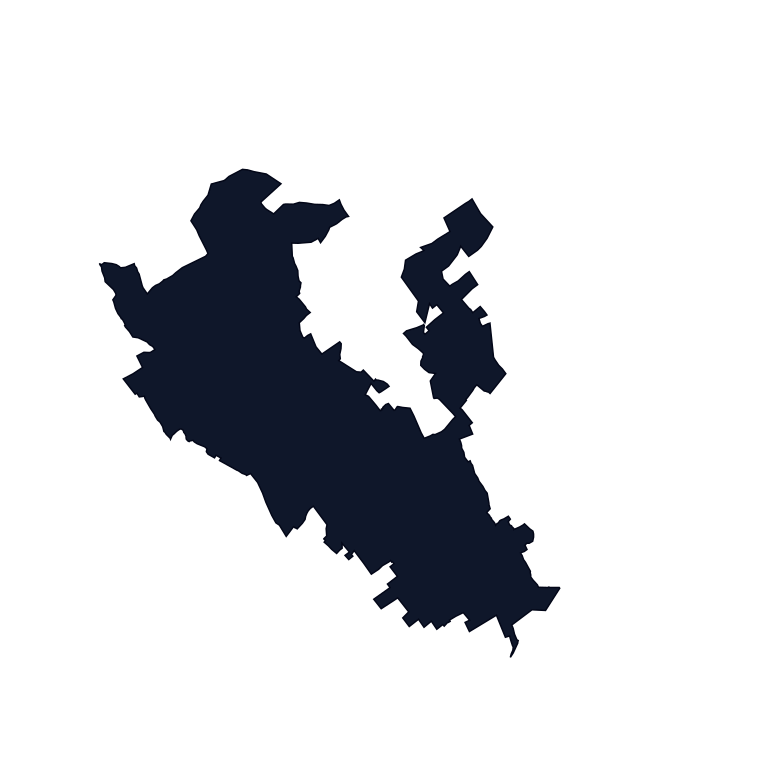 Izamal, Yucatán, Mexico (orthographic projection), rotated 226°
{"feature_id": "50627088B52371381549393", "entity_name": "Izamal", "entity_type": "district", "adm_level": 2, "iso_a3": "MEX", "parent_name": "Mexico", "parent_adm1": "Yucatán", "projection": "orthographic", "projection_center": [-88.999, 20.883], "detail": "fine", "context": "isolated", "style": "filled", "palette": "ink", "viewbox_px": 768, "rotation_deg": 226, "n_neighbors": 0, "source": "geoboundaries", "source_scale": "gbopen_adm2", "svg_char_len": 6170}
<svg xmlns="http://www.w3.org/2000/svg" viewBox="0 0 768 768"><g transform="rotate(226 384 384)"><path d="M458.1,485.5L452.5,478.4L448.8,470.7L419.7,466.4L413.3,457.7L399.7,456.0L410.2,472.6L404.9,471.6L404.4,477.1L393.8,476.2L395.0,465.2L395.4,453.9L391.0,453.5L391.3,448.0L393.7,448.2L398.0,453.6L399.3,453.8L399.3,453.0L401.8,446.6L406.6,437.2L406.8,433.1L402.9,433.1L392.7,432.0L385.8,433.2L378.9,433.7L377.6,432.7L376.9,430.8L376.1,430.1L374.8,426.5L371.9,423.4L366.5,423.4L360.9,424.3L355.8,428.4L354.0,419.4L339.6,410.1L338.8,410.0L336.8,412.6L334.5,413.2L314.8,413.1L310.8,412.8L310.8,409.1L309.3,396.2L309.7,392.2L312.1,385.6L313.8,384.2L314.5,381.3L317.0,375.2L323.0,376.8L340.2,383.3L348.5,385.9L354.2,381.1L358.3,378.2L358.5,377.8L357.7,374.2L358.0,372.9L366.9,373.6L368.0,371.0L368.0,367.0L367.3,366.9L367.7,364.6L366.9,364.5L367.0,363.4L367.5,362.7L374.5,363.5L385.9,364.3L389.3,363.0L393.4,375.1L384.1,374.2L381.1,374.4L380.5,376.4L378.8,386.0L381.6,386.3L386.2,385.3L391.0,382.4L392.2,381.2L393.4,381.3L393.0,378.7L408.4,378.8L408.4,375.8L411.9,372.7L432.3,367.7L432.5,370.1L436.0,372.7L439.3,377.6L442.7,381.2L445.1,381.4L448.7,360.1L458.0,360.9L471.0,366.1L472.0,362.7L472.3,358.7L474.1,358.1L480.8,360.7L486.9,365.6L486.8,371.6L487.2,375.7L486.7,380.6L491.7,380.3L494.1,381.1L504.1,381.9L507.7,381.4L507.7,386.2L509.7,387.4L511.7,391.1L513.0,392.5L514.5,394.6L516.9,394.5L518.0,395.0L521.3,397.1L525.5,400.8L530.0,402.6L532.8,403.4L538.0,406.3L539.5,406.7L549.5,415.5L544.9,420.0L536.6,430.1L534.5,437.8L529.7,436.5L531.0,444.4L533.3,451.5L534.5,453.7L532.2,461.2L531.5,468.4L530.5,472.8L529.2,474.9L536.8,476.0L543.2,477.9L547.5,479.8L548.5,473.8L550.6,468.5L555.6,464.6L561.4,458.9L567.9,454.1L573.4,449.3L576.3,443.7L581.8,438.2L583.0,436.4L583.0,422.8L591.1,420.8L593.5,420.6L598.8,421.0L600.4,421.8L599.6,449.0L616.8,445.2L627.0,438.0L632.8,434.6L636.7,431.3L641.0,416.7L641.2,411.6L641.5,410.1L647.8,398.7L642.1,388.6L641.1,381.0L640.1,376.8L638.7,373.8L637.9,365.8L635.5,358.5L625.0,356.4L619.1,354.1L603.5,349.3L600.1,348.0L599.8,344.4L607.8,319.7L608.7,311.5L608.8,307.4L610.5,300.6L611.9,297.9L611.7,296.4L612.1,292.1L613.6,288.1L614.1,284.3L613.2,276.3L620.6,277.5L622.6,278.3L633.2,284.2L635.9,284.8L639.3,286.6L642.3,286.8L644.1,287.9L647.6,279.0L650.7,275.1L652.2,275.2L655.8,274.3L659.7,271.9L665.6,267.0L665.7,265.3L666.3,263.4L668.4,263.0L666.2,262.3L664.6,262.2L661.1,259.6L654.4,256.8L651.3,254.5L639.9,255.0L635.7,254.0L634.0,253.0L632.9,247.4L630.9,246.7L624.9,243.4L622.9,242.7L619.3,241.5L615.2,241.0L613.4,240.4L612.2,240.8L608.2,239.7L606.9,239.1L605.8,239.0L606.1,238.0L604.7,237.6L598.5,237.3L592.3,236.0L588.0,239.3L578.8,242.8L575.2,242.7L571.7,243.7L567.9,243.2L568.9,238.2L569.7,237.0L573.6,233.3L575.8,225.7L563.6,221.8L565.7,210.5L568.8,200.0L549.5,197.9L549.0,199.9L544.7,199.0L541.6,203.2L540.1,202.2L538.1,201.5L528.1,199.0L521.9,197.9L519.8,197.1L515.4,196.1L512.1,196.4L507.1,195.2L502.7,192.7L501.6,192.9L499.0,192.4L493.4,192.5L492.6,192.1L494.3,196.4L494.0,197.2L494.0,201.9L493.6,204.8L492.8,206.9L490.2,207.4L488.3,206.4L486.2,206.2L483.9,205.3L482.6,204.1L481.4,203.4L479.0,203.4L477.9,203.9L477.9,204.8L476.1,207.5L474.2,207.3L470.8,208.1L463.4,211.4L460.4,211.7L458.7,209.2L455.7,208.7L448.6,210.8L449.4,213.7L444.0,215.3L443.2,212.5L423.9,218.4L423.1,218.9L418.3,219.9L414.9,221.6L413.7,221.6L412.3,225.8L401.0,224.7L389.9,220.9L381.0,216.9L367.4,212.0L359.2,209.8L355.1,210.7L342.3,207.8L344.2,219.8L342.3,220.1L342.4,220.5L340.1,220.9L340.5,228.5L341.4,233.1L343.3,235.8L344.6,238.7L345.4,241.3L345.7,244.5L345.2,248.3L322.4,245.3L320.1,241.9L314.5,237.2L314.5,233.5L314.2,233.5L314.2,233.1L312.0,233.1L311.8,231.1L306.1,231.6L301.5,231.5L295.0,232.2L295.3,236.8L294.9,239.8L298.7,243.2L287.1,242.4L287.8,236.9L282.2,236.7L281.8,242.0L284.0,242.1L284.9,246.8L269.4,244.9L256.0,242.8L254.4,251.5L254.4,256.8L252.7,263.6L252.4,266.1L250.5,265.8L250.4,266.6L247.8,266.4L248.3,261.4L236.3,260.0L237.7,247.5L233.3,246.9L236.3,227.1L224.3,225.9L220.6,245.3L202.9,243.5L202.7,235.0L192.0,233.7L190.8,245.4L181.2,243.8L180.5,253.3L170.9,251.6L170.1,259.1L168.0,259.1L168.3,263.9L167.8,264.6L167.3,266.7L168.7,267.1L167.0,274.5L164.5,282.2L154.6,281.5L156.2,276.7L146.6,273.5L139.6,304.3L117.5,295.4L115.5,299.3L110.7,296.7L106.4,294.6L105.2,294.4L103.0,291.8L101.5,288.1L99.6,285.0L100.8,290.2L104.8,300.4L105.2,300.5L106.2,302.3L107.7,301.9L113.4,304.1L118.6,307.2L121.9,308.5L118.8,333.6L108.9,342.9L115.0,368.5L115.9,368.7L122.8,361.6L123.4,361.6L123.8,360.5L130.5,353.9L132.9,354.8L139.4,355.0L143.2,355.5L144.8,357.0L146.7,358.1L147.6,359.2L157.4,361.9L160.7,362.4L164.7,364.2L167.6,364.8L167.3,365.9L166.1,368.5L165.6,371.9L169.4,373.2L170.1,373.2L170.3,376.1L168.6,377.8L167.6,381.7L169.9,385.2L172.2,387.4L174.7,388.9L178.6,388.2L185.8,387.9L186.0,385.9L186.9,382.3L189.1,376.3L189.8,377.0L192.6,376.9L193.4,377.2L195.5,376.5L198.6,377.7L199.0,381.0L202.5,381.6L203.7,376.5L204.9,373.7L205.2,372.2L204.6,369.6L205.1,368.5L204.8,366.1L206.6,366.9L208.3,367.2L212.2,367.4L212.7,368.0L214.9,368.1L216.3,368.6L220.2,368.5L220.5,373.7L224.3,375.7L225.4,376.7L233.8,382.4L237.2,382.7L241.7,384.0L248.0,384.8L251.4,386.2L256.7,387.1L264.0,391.2L266.5,391.5L268.9,392.6L269.6,390.4L275.3,391.1L279.4,394.0L283.9,395.3L285.9,397.1L288.7,398.7L292.0,400.0L286.4,413.0L295.1,416.5L294.8,420.6L311.2,422.3L313.8,422.0L315.0,431.9L316.1,432.1L316.2,434.5L317.7,443.4L318.6,446.3L319.0,450.2L309.4,451.2L307.6,452.5L306.7,452.7L305.6,453.6L303.5,453.7L306.8,478.8L312.6,479.6L317.8,479.5L324.1,480.6L327.2,481.4L354.2,502.5L354.5,501.6L355.0,501.1L357.1,494.9L360.6,495.4L365.2,497.8L362.8,503.2L362.1,506.0L366.4,506.6L372.9,507.0L373.6,497.4L377.5,498.1L379.4,497.7L391.0,498.4L391.3,513.6L390.4,520.4L405.6,523.4L406.3,518.8L406.6,508.9L408.3,502.4L408.7,499.3L418.5,499.4L425.2,503.7L424.0,512.4L425.9,525.5L426.1,526.5L429.8,534.9L416.9,533.6L415.3,544.2L415.4,549.5L417.2,559.3L421.4,571.4L439.5,571.8L456.0,575.9L456.4,571.9L457.3,568.2L461.8,542.5L447.8,537.4L450.9,523.3L451.8,516.1L456.8,505.2L452.3,505.5L453.0,503.1L455.3,497.4L458.1,485.5Z" fill="#0f172a" stroke="#020617" stroke-width="1.5"/></g></svg>